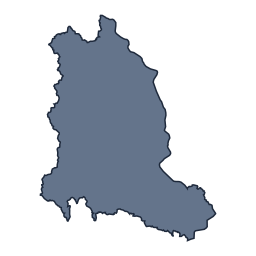 the district of Hinthada, Ayeyarwady, Myanmar
{"feature_id": "60261553B48695999525720", "entity_name": "Hinthada", "entity_type": "district", "adm_level": 2, "iso_a3": "MMR", "parent_name": "Myanmar", "parent_adm1": "Ayeyarwady", "projection": "orthographic", "projection_center": [95.142, 17.923], "detail": "fine", "context": "isolated", "style": "filled", "palette": "slate", "viewbox_px": 256, "rotation_deg": 0, "n_neighbors": 0, "source": "geoboundaries", "source_scale": "gbopen_adm2", "svg_char_len": 5674}
<svg xmlns="http://www.w3.org/2000/svg" viewBox="0 0 256 256"><path d="M129.0,44.6L128.7,41.7L128.0,40.5L126.9,39.5L125.2,39.3L123.4,38.6L120.6,37.0L116.2,33.5L115.3,31.9L115.2,30.7L115.8,25.9L115.8,22.6L114.0,20.1L112.7,19.3L110.5,19.5L109.3,19.4L107.8,18.4L106.3,18.1L105.7,17.4L102.2,15.4L100.5,15.4L100.2,16.3L100.7,16.9L100.0,20.0L99.1,20.4L99.5,22.1L100.1,22.8L99.8,23.1L100.1,23.5L99.7,24.4L99.8,25.6L100.5,26.1L100.8,28.1L101.4,28.8L101.4,29.8L99.7,31.2L98.6,31.2L98.1,35.2L98.3,35.9L99.4,36.8L97.4,37.2L96.4,38.3L96.7,38.9L96.4,39.6L95.7,39.4L95.1,40.7L92.3,41.3L90.3,41.3L88.0,42.5L87.2,42.5L86.7,41.2L84.9,40.3L84.7,39.9L83.7,40.2L82.2,40.0L81.8,38.1L80.9,37.2L80.5,35.6L79.3,34.8L79.1,34.1L78.5,33.8L75.3,33.7L75.0,31.8L74.7,31.3L72.9,30.6L71.3,28.1L70.7,27.9L70.5,27.1L70.0,26.5L69.1,26.4L68.0,27.5L67.3,32.1L65.6,32.4L64.5,33.3L64.3,32.8L63.6,32.8L61.0,33.5L60.7,34.5L59.7,34.4L59.2,33.8L57.8,34.1L56.4,34.9L55.6,36.3L54.5,36.6L54.7,38.2L52.7,38.7L51.5,42.6L48.8,44.3L49.0,44.9L50.0,45.2L52.1,47.9L52.6,48.0L52.8,49.7L53.8,50.2L53.5,50.6L54.1,53.1L54.8,53.5L57.4,53.1L57.9,53.4L58.0,54.1L59.1,55.1L59.2,56.0L59.9,56.8L58.4,58.7L58.9,59.2L58.6,60.3L58.0,60.9L57.8,61.6L58.6,62.3L58.5,63.1L60.1,64.2L60.2,64.6L59.3,67.2L58.2,67.9L58.4,69.0L57.7,69.1L57.4,69.6L57.8,70.5L59.0,70.8L59.8,71.4L60.8,74.1L63.0,75.6L63.0,76.2L62.5,76.5L62.5,76.8L61.9,77.7L61.4,80.1L59.6,80.2L58.9,80.9L58.5,81.8L58.9,82.7L58.3,83.7L57.4,83.6L55.7,84.6L54.9,84.5L53.9,86.1L54.8,87.5L54.7,88.2L56.8,90.9L57.0,92.3L56.4,93.5L56.9,95.3L57.7,95.2L58.2,95.6L59.2,97.9L58.7,100.3L57.3,103.1L56.1,103.1L55.2,103.9L54.0,104.0L54.7,104.9L54.6,107.3L54.0,107.7L51.7,107.7L51.0,108.1L51.1,110.2L50.8,110.7L50.8,111.6L49.7,112.4L48.5,112.4L48.5,112.9L47.5,114.4L47.9,116.1L47.8,116.8L49.1,117.5L49.5,119.2L50.2,120.2L50.1,121.2L50.6,123.0L51.4,123.6L52.1,125.7L53.5,126.4L52.9,128.0L54.1,129.4L56.0,129.8L59.2,132.8L59.2,134.2L58.3,135.4L57.6,138.4L59.1,141.3L60.1,141.8L60.3,142.2L59.7,145.0L59.9,145.8L59.6,147.3L58.2,147.6L57.4,148.6L57.2,149.3L57.8,152.5L57.6,155.7L58.7,157.8L57.5,160.1L58.3,161.2L57.8,162.0L57.2,164.9L57.3,167.0L55.7,167.8L54.8,167.7L52.3,169.1L51.6,171.5L51.7,172.6L51.2,173.5L50.3,174.2L48.1,174.5L46.0,175.5L44.7,175.1L43.6,177.4L42.4,178.6L42.0,179.6L42.8,181.5L42.8,182.8L43.3,183.8L42.8,184.6L41.8,184.7L41.8,185.4L42.8,187.3L41.7,188.0L41.4,189.3L42.5,192.9L41.9,193.7L40.5,194.1L40.4,195.2L42.1,195.5L44.3,198.5L47.5,200.9L47.8,200.7L48.9,201.1L49.2,200.4L50.0,200.0L51.0,200.8L52.2,200.4L54.3,201.3L56.3,204.5L57.3,205.0L57.7,205.7L58.8,205.9L59.5,207.0L61.3,207.6L61.1,209.0L62.5,211.9L63.2,213.0L64.4,213.2L64.0,213.5L63.9,215.0L64.0,216.1L64.7,217.1L65.8,217.3L66.5,217.9L66.4,218.6L67.2,219.7L67.0,220.1L67.4,220.9L67.9,221.1L70.1,216.8L69.6,214.2L69.7,209.9L69.4,209.1L70.0,207.5L70.2,206.2L70.0,205.8L69.4,205.7L67.7,206.6L68.1,203.5L67.2,201.4L67.7,200.5L69.3,200.0L69.6,199.4L70.1,199.4L71.2,197.7L72.3,197.4L74.0,198.3L74.5,199.3L75.3,199.7L75.3,200.5L76.1,201.6L76.7,203.4L77.2,203.3L78.4,199.8L79.5,198.1L81.1,197.7L82.6,197.8L83.5,196.7L84.4,197.1L85.2,198.1L85.4,199.4L86.8,200.6L87.1,201.7L85.8,204.0L86.7,206.0L89.2,207.3L90.6,208.4L92.2,211.4L91.9,212.6L93.6,213.2L92.4,214.1L92.1,214.9L92.3,216.6L92.4,217.4L94.1,218.5L93.9,220.1L94.7,220.7L95.6,220.5L96.3,217.8L95.7,214.1L96.1,213.4L97.8,213.3L98.0,212.4L98.4,212.2L99.1,212.0L99.6,212.4L100.1,212.3L100.2,212.0L101.0,212.1L102.6,213.4L103.2,212.7L104.4,212.8L104.6,212.4L105.4,212.4L105.2,213.2L106.8,214.5L107.8,214.6L109.0,214.0L113.3,214.6L113.9,214.3L113.5,214.0L114.9,212.7L116.2,213.2L116.9,212.2L117.2,209.6L118.4,209.1L120.3,209.0L120.7,209.5L123.2,210.1L125.2,211.4L126.0,211.3L127.7,211.8L129.7,214.1L129.9,213.3L131.3,213.4L131.6,213.9L133.4,213.6L133.9,213.9L134.1,214.2L133.1,215.3L133.0,216.0L134.6,216.2L136.9,216.0L140.4,217.0L141.4,218.3L141.6,219.4L141.5,220.1L142.5,220.9L144.8,221.0L144.3,222.7L146.0,226.0L146.5,226.5L149.2,226.1L150.8,226.3L151.2,226.8L152.2,226.1L152.7,226.8L153.8,227.4L157.2,227.5L157.1,228.6L158.4,229.5L161.6,230.0L162.6,230.6L163.3,230.5L163.6,230.1L164.7,231.3L166.8,231.4L167.6,230.5L170.1,233.0L171.4,233.2L171.6,234.6L172.5,235.8L173.0,236.0L173.2,235.2L172.4,234.5L172.1,233.5L172.9,233.1L172.8,232.3L173.3,230.7L173.7,230.5L174.5,231.0L175.5,231.0L176.1,231.7L177.5,231.7L177.7,232.3L178.3,232.1L179.5,232.8L179.5,233.3L180.0,233.8L179.7,236.4L181.3,236.4L183.3,234.9L184.3,234.7L185.7,236.4L186.0,237.4L187.1,237.8L187.7,238.9L187.5,240.6L190.8,239.2L194.0,238.3L194.3,232.1L195.4,230.8L204.3,229.3L206.2,228.0L207.2,226.7L207.1,220.3L213.2,216.4L215.6,213.7L215.5,213.3L212.5,208.7L212.0,205.3L210.4,204.4L209.2,204.5L207.9,201.8L206.4,201.5L206.3,200.1L204.7,199.4L204.8,197.5L203.5,194.8L204.3,194.3L204.8,192.5L203.9,191.3L204.0,191.0L203.2,191.0L202.9,190.1L202.1,189.2L200.7,188.5L200.6,187.8L199.4,188.0L198.5,189.0L197.6,189.0L197.0,188.4L197.7,186.5L197.3,185.8L193.6,184.9L192.3,185.0L192.2,185.9L191.2,186.4L189.3,186.7L189.1,186.5L187.3,188.0L187.3,188.5L184.8,185.2L181.1,182.2L179.2,181.6L175.5,181.5L173.7,181.2L172.9,180.6L163.3,171.4L159.8,166.9L159.4,164.8L159.7,163.3L163.0,160.3L164.3,158.7L169.6,155.3L170.6,153.7L170.5,152.1L167.9,147.7L167.5,145.9L168.1,145.0L167.9,143.5L168.5,140.7L169.8,138.0L169.3,135.6L168.7,134.2L165.0,131.2L164.4,130.3L165.6,126.7L164.9,120.0L165.9,115.4L165.8,112.7L165.1,109.4L163.4,107.2L161.6,101.8L160.2,99.9L156.4,91.3L153.2,82.2L153.8,79.5L156.9,74.7L157.5,72.3L157.2,71.2L156.0,70.5L150.4,68.9L146.1,66.5L144.2,64.3L143.5,62.6L142.6,61.6L141.9,58.5L140.1,56.6L133.9,52.6L130.4,51.7L128.9,49.7L127.9,47.9L128.0,46.0L129.0,44.6Z" fill="#64748b" stroke="#1e293b" stroke-width="1.5"/></svg>